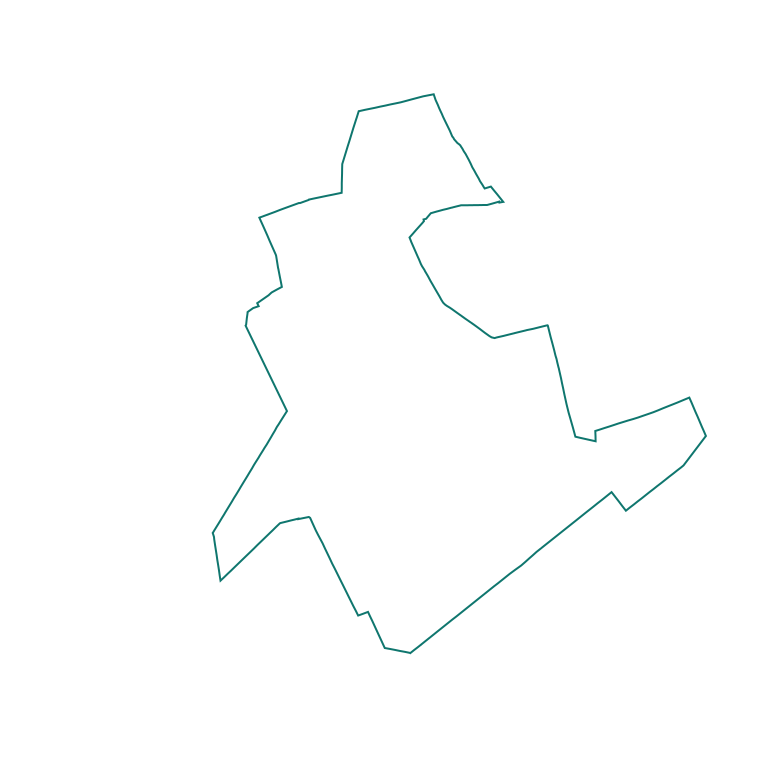 Nextlalpan, México, Mexico, rotated 56°
{"feature_id": "50627088B68991694125409", "entity_name": "Nextlalpan", "entity_type": "district", "adm_level": 2, "iso_a3": "MEX", "parent_name": "Mexico", "parent_adm1": "México", "projection": "orthographic", "projection_center": [-99.078, 19.726], "detail": "fine", "context": "isolated", "style": "outline", "palette": "teal", "viewbox_px": 768, "rotation_deg": 56, "n_neighbors": 0, "source": "geoboundaries", "source_scale": "gbopen_adm2", "svg_char_len": 5697}
<svg xmlns="http://www.w3.org/2000/svg" viewBox="0 0 768 768"><g transform="rotate(56 384 384)"><path d="M176.4,394.3L179.1,394.8L185.7,395.9L190.8,396.8L195.9,397.7L201.0,398.7L206.0,399.6L211.1,400.5L216.2,401.4L217.3,401.7L222.3,404.0L228.5,406.9L229.1,407.1L229.9,407.4L230.8,407.8L236.9,410.4L242.9,412.9L246.4,414.4L245.8,420.0L245.3,425.7L245.4,426.9L245.9,430.1L246.0,437.0L246.1,443.9L249.4,444.4L247.9,450.0L248.0,454.8L248.1,456.9L249.2,457.7L252.6,460.8L257.8,465.2L258.2,466.1L263.0,466.8L352.2,479.6L356.4,489.2L358.6,494.1L359.6,496.6L360.2,497.8L361.6,500.4L362.3,501.9L363.8,505.1L364.6,506.7L366.5,510.7L368.6,515.1L370.2,518.9L371.1,520.8L373.9,527.1L374.8,528.9L377.5,535.1L378.5,537.3L379.7,539.7L380.2,540.7L382.2,545.1L383.9,548.7L386.4,554.2L389.2,560.3L390.6,563.2L392.9,568.2L394.3,571.4L394.8,572.5L396.4,575.8L398.5,580.4L401.4,586.7L402.0,588.0L402.7,589.4L404.3,593.0L406.2,597.1L407.3,599.5L409.0,603.3L410.0,605.5L410.2,606.0L411.4,608.5L411.7,609.3L412.3,609.5L412.5,609.5L415.8,610.5L417.8,611.6L422.6,613.9L427.3,616.1L432.0,618.3L436.7,620.6L441.5,622.8L446.2,625.0L450.9,627.3L455.6,629.5L454.8,624.6L453.9,619.6L453.1,614.7L452.2,609.7L451.3,604.6L450.4,599.5L449.5,594.4L448.6,589.2L447.7,584.1L446.7,579.0L445.8,573.8L444.9,568.7L444.0,563.6L443.6,561.4L443.1,558.4L442.2,553.7L441.4,549.0L441.3,548.3L441.3,547.8L443.3,542.4L445.2,537.1L446.3,534.2L447.2,531.7L447.7,530.3L448.1,530.6L452.0,521.2L452.2,520.7L453.7,520.1L459.5,521.1L467.2,522.4L472.1,523.0L476.9,523.5L481.8,524.0L487.3,524.9L492.8,525.7L498.3,526.5L503.9,527.4L509.1,528.0L514.3,528.7L519.5,529.4L524.7,530.1L524.8,530.1L530.1,530.8L535.3,531.5L540.5,532.2L545.8,532.9L551.0,533.6L556.3,534.2L561.5,534.9L562.8,529.8L564.0,524.7L568.9,525.5L573.8,526.2L578.7,527.0L583.6,527.8L588.5,528.6L593.5,529.4L598.4,530.2L603.3,531.0L606.9,527.3L610.5,523.7L614.2,520.1L617.8,516.4L621.5,512.8L621.8,512.7L621.4,507.8L621.1,502.9L620.7,498.0L620.3,493.2L619.9,488.3L619.5,483.4L619.1,478.6L618.7,473.7L618.3,468.8L617.9,463.9L617.5,459.1L617.2,454.2L616.8,449.3L616.4,444.5L616.0,439.6L615.6,434.7L615.2,429.8L614.8,425.0L614.4,420.1L614.0,415.2L613.6,410.4L613.2,405.5L612.9,400.6L612.5,395.7L612.1,390.9L611.7,386.0L611.4,379.0L611.2,372.0L611.1,371.0L610.5,366.1L609.8,361.2L609.2,356.4L608.5,351.5L608.1,346.4L607.7,341.4L607.3,336.3L606.9,331.3L606.5,326.2L606.1,321.2L605.7,316.1L605.3,311.0L604.9,306.0L604.5,300.9L604.0,294.9L603.5,288.8L602.8,279.4L602.3,273.5L601.9,267.6L601.4,261.7L600.9,255.8L606.8,255.4L612.6,255.0L618.5,254.7L624.3,254.3L623.9,249.3L623.6,244.3L623.2,239.3L622.9,234.3L622.5,229.3L622.1,224.3L621.8,219.3L621.4,214.3L621.1,209.3L620.7,204.3L620.3,199.3L620.0,194.3L619.6,189.3L619.3,184.3L619.0,181.2L617.3,176.2L615.6,171.2L613.9,166.2L612.2,161.2L610.5,156.2L608.8,151.2L607.1,146.2L601.9,145.2L596.8,144.3L591.7,143.3L586.6,142.3L581.4,141.4L576.3,140.4L571.2,139.4L566.0,138.5L564.7,144.9L563.4,151.4L562.3,156.4L561.2,161.4L560.1,166.5L559.1,171.5L558.0,176.5L556.6,181.8L555.2,187.0L553.8,192.3L552.3,197.3L550.7,202.2L549.2,207.2L547.8,211.8L546.5,216.5L545.2,221.1L543.8,225.8L542.5,230.4L541.1,235.1L545.5,237.8L549.8,240.6L546.0,244.2L542.3,247.7L538.5,251.3L534.7,254.8L530.9,253.5L525.9,251.8L521.0,250.2L516.1,248.6L511.1,247.0L502.9,244.0L498.1,242.1L493.3,240.2L488.0,238.0L482.7,235.9L480.1,234.8L479.3,234.5L478.7,234.2L476.6,233.4L469.4,230.6L469.0,230.4L467.7,230.0L462.8,228.2L459.8,227.0L456.5,226.0L454.3,225.2L451.1,224.0L444.2,221.6L438.0,219.5L432.0,217.3L428.2,215.9L427.1,215.5L426.8,215.6L426.7,215.7L426.2,217.0L424.0,223.0L421.8,229.1L421.2,230.6L419.2,235.4L418.8,236.6L416.8,242.0L414.8,247.4L414.8,247.5L413.4,251.3L413.0,252.4L410.9,258.2L408.4,264.6L407.8,266.6L405.4,268.8L404.6,269.1L404.4,269.2L403.5,269.7L399.7,271.1L398.4,271.6L394.9,272.8L392.2,273.7L388.3,275.1L385.3,276.2L375.8,279.9L364.0,284.3L359.9,285.8L357.4,286.8L354.4,288.2L352.2,289.0L349.6,289.5L346.8,289.4L346.5,289.4L344.4,289.2L342.2,289.0L334.4,288.5L327.5,288.0L325.8,287.9L324.4,287.8L319.7,287.3L318.4,287.2L313.3,286.9L312.1,286.7L307.5,286.6L305.0,286.3L300.2,285.3L297.7,284.9L292.2,283.9L286.7,282.9L281.1,281.9L280.9,281.8L276.8,280.9L275.6,276.2L274.3,271.4L273.1,266.6L271.9,261.8L271.3,259.8L269.7,259.2L270.6,256.6L270.1,255.1L268.6,249.7L269.8,246.0L270.7,243.2L270.8,243.0L272.7,237.4L274.0,234.0L275.4,229.9L276.0,228.4L276.1,228.0L277.5,224.1L278.8,220.6L278.8,220.4L281.7,216.0L284.5,211.8L284.6,211.6L289.4,204.3L291.0,201.8L293.3,198.3L295.0,193.3L296.3,189.3L296.7,188.1L297.2,186.5L298.1,186.9L299.7,183.3L294.8,183.7L289.9,184.1L285.0,184.6L280.1,185.0L278.2,191.2L276.9,191.2L273.7,191.0L269.6,191.0L266.9,190.6L264.1,190.4L261.2,190.2L257.2,189.8L253.7,189.6L250.3,189.0L245.9,188.4L238.9,187.7L235.7,187.7L232.7,187.4L230.4,187.4L228.8,187.3L227.2,187.7L225.5,188.3L225.2,188.4L222.7,188.7L220.4,189.0L218.4,188.8L217.0,189.0L210.9,187.8L205.9,187.1L200.8,186.4L195.4,185.6L192.4,185.0L188.4,184.4L185.6,183.9L182.8,183.3L177.4,182.4L171.6,180.8L167.4,190.7L164.9,197.9L163.2,202.8L161.5,207.8L159.8,212.7L157.8,217.6L155.8,222.4L153.9,227.3L151.9,232.1L150.0,237.0L148.0,241.8L146.0,246.6L144.1,251.5L143.7,252.4L148.1,257.9L148.6,258.6L151.6,262.4L154.5,266.1L157.5,269.8L160.5,273.5L163.5,277.2L166.5,281.0L169.5,284.7L172.5,288.4L175.5,292.1L178.3,295.6L182.2,298.4L186.1,301.1L190.0,303.9L193.9,306.7L197.9,309.4L201.8,312.2L200.0,316.6L198.2,321.0L196.3,325.5L194.5,329.9L192.7,334.3L190.9,338.7L189.1,343.2L189.3,343.5L187.1,352.2L186.9,352.7L186.6,353.0L186.4,353.3L185.2,358.1L184.0,362.9L182.8,367.7L181.5,373.0L180.3,378.4L179.0,383.7L177.7,389.0L176.4,394.3Z" fill="none" stroke="#0f766e" stroke-width="2"/></g></svg>